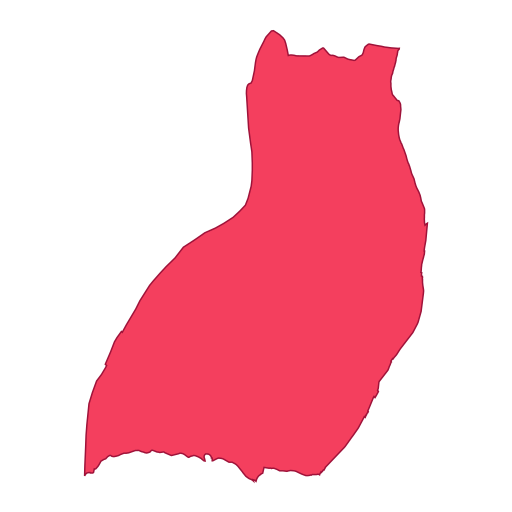 the district of Salamina, Magdalena, Colombia
{"feature_id": "7082276B98588202039257", "entity_name": "Salamina", "entity_type": "district", "adm_level": 2, "iso_a3": "COL", "parent_name": "Colombia", "parent_adm1": "Magdalena", "projection": "equal_earth", "projection_center": [-74.703, 10.525], "detail": "fine", "context": "isolated", "style": "filled", "palette": "rose", "viewbox_px": 512, "rotation_deg": 0, "n_neighbors": 0, "source": "geoboundaries", "source_scale": "gbopen_adm2", "svg_char_len": 5868}
<svg xmlns="http://www.w3.org/2000/svg" viewBox="0 0 512 512"><path d="M84.6,475.9L85.4,474.5L86.2,473.5L86.9,473.0L88.6,472.6L90.1,472.5L90.3,473.0L92.7,473.0L93.5,472.5L94.3,468.9L94.9,469.1L95.9,468.7L98.0,466.3L98.9,464.9L100.3,462.4L100.9,461.2L103.9,459.4L105.7,458.8L106.3,458.1L107.7,456.6L109.4,455.6L110.0,455.4L110.4,455.4L110.7,455.5L111.9,456.3L113.4,456.6L114.0,456.6L116.5,456.1L118.6,455.5L120.7,454.4L124.0,453.2L126.1,453.2L128.7,452.8L135.3,450.5L138.8,450.4L141.4,451.6L143.6,452.1L144.9,452.7L146.7,453.0L148.7,452.5L150.0,452.0L150.9,450.9L151.7,450.3L152.2,450.2L153.8,450.7L157.0,452.0L158.4,452.1L159.8,452.5L163.8,451.9L164.8,452.7L171.4,455.5L178.7,453.7L179.8,453.2L180.9,453.2L183.0,453.7L184.6,454.6L187.5,456.8L188.4,457.3L189.1,457.2L190.6,456.3L192.7,455.8L193.4,455.5L193.7,455.5L195.1,455.6L198.4,456.9L201.2,458.5L202.0,459.3L204.1,460.9L205.1,461.0L204.5,458.4L204.1,457.4L204.1,456.5L204.3,455.6L204.7,454.8L205.7,453.9L206.5,453.9L207.2,454.1L207.8,453.9L208.5,454.2L208.9,454.3L209.9,455.0L210.8,456.0L211.2,456.8L211.4,457.3L211.4,458.0L212.1,458.0L212.3,459.1L212.2,459.8L212.2,460.8L212.8,460.8L217.0,458.6L218.3,458.1L219.0,458.1L221.0,458.3L222.6,458.7L223.4,459.0L228.8,462.1L229.7,462.2L232.1,462.2L235.1,463.8L236.3,464.6L238.0,466.3L240.6,469.6L242.4,471.8L242.8,472.5L245.9,476.3L247.8,477.7L249.3,478.7L251.1,479.4L252.5,480.2L253.4,481.0L253.0,479.7L255.0,480.3L255.0,480.5L256.0,480.9L255.9,481.2L256.0,481.3L256.7,479.0L257.4,477.7L258.3,476.3L259.5,475.2L260.2,474.8L260.8,474.4L260.8,474.2L261.2,473.8L262.7,473.2L264.0,467.4L269.0,468.2L270.7,468.1L271.4,468.5L271.9,468.3L273.6,468.2L274.7,468.5L275.9,469.0L276.8,469.3L279.7,470.8L283.0,470.8L286.9,471.3L288.3,470.9L290.5,470.5L294.2,470.8L296.0,471.3L301.4,473.9L303.7,474.8L305.4,475.4L305.9,475.6L307.7,475.6L308.5,475.5L309.9,475.3L310.4,475.0L311.5,475.1L312.3,474.5L314.3,474.6L314.5,474.5L315.0,474.6L316.2,474.5L316.9,474.5L317.6,474.2L318.5,474.4L318.9,474.3L319.3,474.4L319.6,474.7L319.7,474.3L321.0,471.9L321.5,472.4L322.1,471.5L322.5,471.3L322.8,470.8L322.7,470.7L322.8,470.5L323.1,470.3L323.6,469.8L324.0,470.0L325.4,467.5L325.3,467.3L326.1,466.5L328.7,463.8L330.2,462.2L344.6,447.1L345.4,446.1L351.6,437.4L352.9,435.7L357.6,429.0L358.4,427.8L364.3,416.7L365.2,417.4L365.8,415.9L365.6,415.7L366.1,414.9L366.3,415.1L366.5,414.8L366.3,414.6L367.4,412.9L367.7,412.2L367.9,412.4L368.3,411.7L367.8,411.0L368.7,408.9L373.3,397.7L374.0,396.5L375.0,397.6L376.4,395.3L378.4,391.6L377.7,390.8L377.9,390.5L377.6,390.1L378.1,388.9L378.3,387.9L378.9,382.2L379.3,381.3L387.9,370.2L388.5,368.8L389.4,366.3L390.1,364.8L390.9,362.6L391.2,362.0L391.4,361.9L391.3,361.6L390.9,361.1L392.6,358.6L393.0,359.0L394.1,357.5L395.7,355.7L396.6,354.6L399.7,349.7L400.7,348.3L412.8,332.6L417.3,324.0L418.1,322.1L421.1,311.4L423.4,293.3L423.6,291.0L423.5,289.7L422.8,285.3L422.5,282.3L422.5,279.6L422.4,279.6L422.3,277.4L422.5,277.4L422.4,276.3L421.8,276.2L421.4,276.0L421.5,274.7L421.7,272.6L420.9,272.4L421.2,270.6L421.4,267.3L421.6,265.8L421.6,265.6L421.7,264.3L422.0,263.2L422.7,260.2L422.8,259.8L423.6,256.9L423.8,255.8L423.9,255.6L424.3,254.3L424.6,251.1L424.2,251.1L424.2,250.0L424.6,247.2L425.8,240.6L427.4,223.2L426.6,223.7L425.0,225.2L424.5,222.7L424.4,220.7L424.3,219.0L424.4,217.3L424.4,214.7L424.6,213.1L424.6,209.9L424.5,208.8L424.3,208.2L421.9,202.3L421.4,201.4L421.1,199.9L420.7,197.8L420.1,195.3L418.9,192.2L417.8,190.0L416.8,188.1L415.9,185.9L414.9,182.6L414.6,181.2L414.5,180.9L414.0,178.8L411.8,174.0L411.4,172.8L410.9,170.8L409.5,166.1L409.0,165.0L408.9,164.3L408.2,163.1L407.5,161.1L406.8,158.8L406.1,155.9L403.8,149.3L403.3,148.4L401.8,144.3L401.6,143.8L400.9,142.8L400.6,141.6L399.9,140.2L399.2,137.6L398.9,136.1L398.6,134.4L398.2,130.4L398.2,128.9L398.2,127.9L398.5,125.2L398.9,123.2L399.2,122.2L399.9,118.8L400.8,110.5L400.9,109.7L400.8,108.4L400.6,106.3L400.6,105.6L400.5,104.2L400.0,102.9L399.3,101.6L398.8,100.8L398.7,100.7L397.8,100.6L397.1,100.3L394.2,96.7L393.4,95.7L392.9,95.3L392.2,93.9L391.9,92.2L391.3,89.7L390.9,86.4L390.9,83.1L390.7,82.2L390.7,81.0L391.0,79.5L391.1,78.9L391.3,77.0L391.7,75.3L392.6,73.3L392.9,71.5L393.3,70.2L393.5,69.7L394.1,67.3L394.5,66.5L395.0,64.4L395.6,62.3L395.8,61.2L396.0,60.3L396.1,58.9L396.3,57.8L397.0,55.6L397.3,54.4L397.4,53.1L397.6,52.5L397.6,51.7L397.8,51.2L398.0,50.5L398.4,50.0L399.1,49.3L399.2,49.0L399.3,48.3L398.1,48.4L391.1,47.9L386.8,47.3L385.6,47.2L384.3,47.0L382.7,46.6L381.4,46.3L377.0,45.6L369.5,44.1L369.1,44.1L368.4,44.2L366.3,45.8L365.1,46.9L364.9,47.2L364.3,48.7L363.8,50.2L363.3,52.5L362.5,54.3L362.0,55.0L361.7,55.3L359.3,56.5L358.7,56.9L355.2,60.2L354.8,60.3L354.1,60.4L353.4,60.3L351.6,59.9L350.2,59.7L347.8,59.1L344.1,57.3L343.6,57.2L340.4,57.4L338.5,57.4L337.7,57.2L334.9,55.9L333.2,55.4L332.5,55.3L330.9,55.4L329.9,54.9L329.1,54.4L328.7,54.0L323.8,48.3L323.4,48.0L323.1,48.0L322.6,48.0L322.0,48.4L319.4,50.0L317.7,51.7L317.0,52.2L313.8,53.6L313.1,54.1L311.2,55.2L309.4,56.0L308.1,56.0L297.0,55.9L296.2,55.8L294.1,55.3L291.6,55.0L290.1,55.0L288.3,55.5L287.2,49.8L285.7,43.4L284.6,40.1L283.0,37.9L279.8,34.9L273.5,30.7L271.4,31.0L266.2,36.8L265.0,38.9L263.8,41.5L259.8,49.3L258.2,53.1L256.7,56.9L256.1,59.2L255.5,62.4L254.4,70.9L252.3,80.7L251.0,83.1L249.0,83.8L247.7,85.1L246.9,87.4L246.5,90.5L246.4,93.5L246.7,97.2L248.6,128.0L250.6,143.2L251.2,147.1L251.9,151.9L252.3,163.0L252.3,170.4L251.9,180.6L251.2,186.2L248.1,198.3L245.4,205.2L240.1,210.8L233.2,217.3L223.8,223.4L215.4,228.1L205.0,232.7L194.2,240.2L183.4,247.2L175.1,257.9L166.1,266.7L160.1,273.2L153.5,280.7L149.7,285.3L140.0,300.6L135.8,309.0L126.4,324.8L122.3,332.3L121.4,331.5L117.0,337.6L114.5,341.8L110.6,351.9L105.3,364.3L106.6,365.5L105.6,367.6L101.5,374.5L96.6,381.0L92.4,392.6L89.0,403.7L86.9,424.5L86.1,435.1L85.7,446.2L84.9,465.2L84.7,472.4L84.6,475.9Z" fill="#f43f5e" stroke="#9f1239" stroke-width="1.5"/></svg>